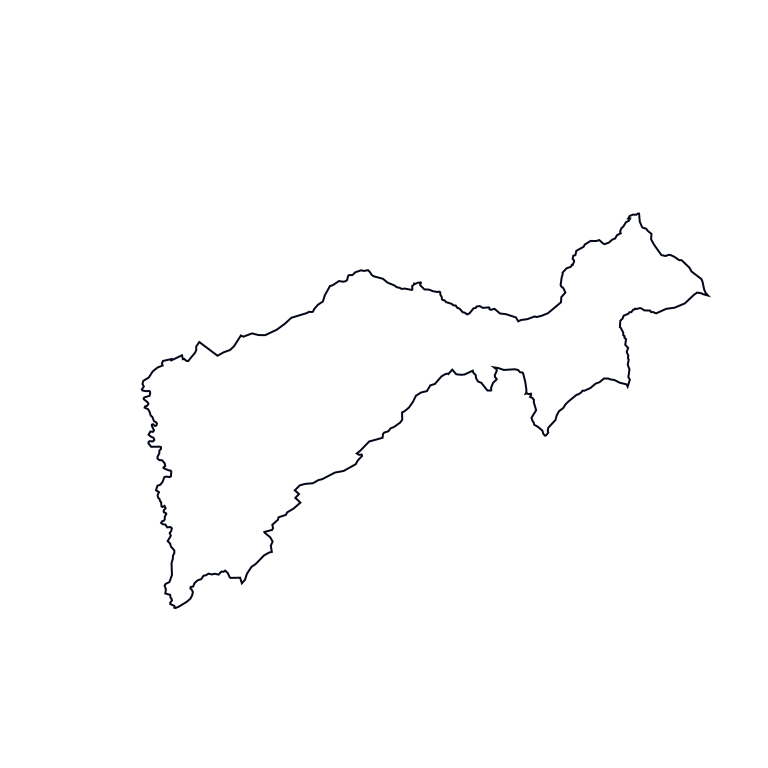 outline of Zabala, Covasna, Romania, rotated 318°
{"feature_id": "2599482B30667106455324", "entity_name": "Zabala", "entity_type": "district", "adm_level": 2, "iso_a3": "ROU", "parent_name": "Romania", "parent_adm1": "Covasna", "projection": "albers", "projection_center": [26.222, 45.876], "detail": "fine", "context": "isolated", "style": "outline", "palette": "ink", "viewbox_px": 768, "rotation_deg": 318, "n_neighbors": 0, "source": "geoboundaries", "source_scale": "gbopen_adm2", "svg_char_len": 6146}
<svg xmlns="http://www.w3.org/2000/svg" viewBox="0 0 768 768"><g transform="rotate(318 384 384)"><path d="M78.5,409.9L79.2,411.0L82.3,412.1L91.8,413.9L96.4,414.0L100.0,412.7L102.8,410.7L103.5,408.1L103.2,406.5L104.5,405.5L106.7,406.8L110.0,405.2L114.1,405.2L117.7,406.7L121.6,405.7L123.7,407.0L126.7,407.5L128.7,410.4L131.2,411.7L133.5,414.9L137.6,414.6L139.2,416.2L141.1,416.4L141.4,420.0L140.1,423.9L140.1,425.3L147.5,431.7L145.0,437.0L149.6,436.5L155.2,433.3L163.2,431.2L168.2,431.9L180.2,431.1L185.9,432.4L188.3,433.7L191.7,428.4L195.8,426.6L196.9,421.7L195.8,414.8L196.1,413.9L203.3,417.6L205.1,416.8L206.8,413.9L214.5,413.9L216.4,412.5L223.5,415.6L226.0,414.6L233.7,416.1L242.5,416.2L241.9,409.3L247.2,408.9L246.6,403.3L253.7,403.0L258.6,405.5L264.8,410.2L271.2,411.6L274.4,413.4L288.3,417.0L295.8,421.6L309.4,424.7L313.2,423.3L319.5,422.8L320.2,421.5L318.0,419.8L317.3,417.4L322.0,417.7L334.5,416.8L346.9,423.0L349.7,420.6L351.5,420.2L355.6,422.0L359.3,421.4L362.6,422.6L370.2,423.5L373.6,422.8L378.4,417.2L381.0,418.0L386.7,418.2L393.7,416.6L399.8,414.1L405.8,415.1L411.2,418.0L417.5,416.0L421.8,418.0L431.9,416.8L436.5,417.8L438.4,419.1L438.5,419.7L444.3,419.0L444.2,425.1L447.5,428.8L450.2,430.8L458.9,433.5L458.0,435.1L458.1,438.7L456.3,441.4L455.5,444.9L457.1,448.3L456.5,458.0L458.7,460.1L459.4,460.5L461.2,458.4L465.8,456.1L470.7,456.0L471.2,455.0L471.1,453.2L472.2,451.6L476.7,449.6L477.4,448.3L476.9,445.3L479.8,448.9L482.4,453.7L491.1,460.6L493.0,463.3L493.0,466.4L494.6,468.1L494.6,469.0L490.5,476.8L486.0,483.5L484.3,485.4L482.8,486.0L484.0,486.6L484.7,488.3L486.7,489.5L486.0,490.6L483.9,491.4L484.9,493.5L484.8,496.2L483.2,497.6L479.5,505.3L471.0,507.8L469.8,510.4L469.4,513.0L468.4,514.7L469.8,519.2L470.5,524.6L469.0,527.9L469.1,530.2L470.1,530.6L473.6,530.0L474.5,528.2L476.9,526.4L487.3,525.5L491.5,522.8L495.9,521.3L501.2,521.8L505.2,520.6L509.0,520.4L520.1,520.9L521.3,521.7L525.0,522.2L527.1,521.8L528.4,523.1L534.7,525.1L541.4,525.3L545.5,526.9L551.1,527.1L554.4,530.1L554.9,531.5L558.0,535.4L560.0,540.7L564.0,546.6L563.3,549.0L569.6,545.3L570.3,542.3L576.2,537.4L578.0,532.8L582.1,529.7L582.6,527.9L584.4,526.6L585.8,522.6L589.6,520.5L589.5,516.3L593.9,512.6L593.6,510.6L594.8,509.4L594.4,507.9L596.1,506.0L597.5,500.9L597.4,499.5L602.0,495.1L605.1,495.0L607.8,493.6L612.5,495.3L614.3,494.9L616.0,496.1L619.0,495.5L619.9,496.2L621.0,496.0L621.5,497.0L624.9,498.8L625.8,499.9L626.7,503.5L630.8,507.4L630.6,509.3L632.0,510.4L633.5,513.6L644.1,517.0L650.9,521.7L661.5,525.4L674.0,525.1L677.9,525.6L680.6,529.0L681.1,530.6L684.0,535.1L684.0,531.5L685.1,528.1L689.1,521.2L690.1,518.4L687.8,506.1L688.8,501.9L688.0,491.1L686.2,489.4L684.9,483.8L683.2,479.8L681.8,478.4L678.9,477.3L676.4,473.8L677.9,461.1L679.3,455.2L683.2,451.4L682.5,447.0L682.7,443.9L680.9,441.0L680.8,440.1L682.7,434.5L687.6,428.0L686.9,427.3L684.6,426.9L682.5,424.8L679.1,423.5L676.2,424.4L677.6,425.7L675.3,426.5L671.9,425.7L667.4,427.1L664.6,427.1L661.2,428.9L660.8,430.4L656.8,429.3L653.1,430.5L650.0,429.4L645.8,429.4L641.5,427.7L640.8,426.1L640.3,421.1L637.5,419.8L633.2,415.9L626.4,414.7L624.2,415.6L616.1,413.7L612.4,416.3L610.6,415.3L607.9,417.2L607.9,419.3L607.4,420.1L603.7,421.8L603.3,421.2L601.1,421.9L597.2,420.2L591.3,420.7L590.1,422.1L587.6,423.5L581.5,428.6L581.0,429.9L581.4,432.8L580.0,437.4L573.9,438.1L570.2,441.7L553.2,441.1L546.6,438.7L542.0,436.2L541.3,434.7L533.9,431.7L528.6,428.1L525.7,427.3L526.6,422.8L521.2,413.5L517.4,409.3L516.4,402.0L513.0,400.4L512.5,398.8L513.3,397.9L513.1,397.1L508.4,393.6L507.3,390.2L504.7,388.4L503.0,388.8L501.1,387.7L494.8,388.7L492.4,388.0L491.7,384.9L490.5,383.4L490.6,378.8L489.4,376.1L489.8,373.7L488.0,371.6L488.0,369.9L485.0,364.8L484.9,362.3L483.7,360.6L484.0,359.4L485.2,357.8L485.6,355.4L487.2,353.4L486.8,352.3L485.3,351.4L482.4,347.7L480.7,344.1L477.3,340.7L477.0,334.9L477.7,334.0L479.1,333.6L479.2,333.0L476.7,331.3L474.2,330.5L473.6,329.5L472.5,330.2L470.4,330.1L468.4,332.7L467.6,332.7L463.4,327.1L460.7,325.1L460.1,323.2L458.2,320.5L457.8,318.0L454.5,311.1L453.6,305.1L448.4,297.0L447.8,294.5L448.4,291.8L448.3,288.7L444.9,286.7L442.9,284.1L437.5,281.8L433.4,281.9L431.1,279.8L429.8,279.6L426.0,282.1L424.2,281.9L422.1,280.7L419.5,277.4L411.7,276.2L409.5,275.0L399.3,278.5L393.8,281.8L388.0,280.9L382.1,281.6L379.8,282.7L378.6,282.3L376.6,280.2L374.0,279.6L359.5,272.8L350.8,272.9L340.6,271.9L328.4,268.2L323.5,263.7L319.8,258.1L311.1,254.7L310.1,252.2L297.8,255.6L292.3,255.7L285.9,253.1L279.2,251.6L274.8,229.2L269.5,230.5L267.1,233.2L264.6,234.3L253.8,235.9L252.6,234.5L252.3,231.6L251.1,231.0L253.1,227.5L241.6,224.1L241.6,223.5L242.5,223.1L235.2,219.0L232.7,220.1L231.9,222.1L226.6,220.2L220.4,219.9L213.5,221.8L207.3,220.6L204.6,222.3L203.8,225.2L200.4,226.0L200.2,227.3L202.4,230.1L204.9,232.2L204.9,233.2L203.7,234.8L201.8,235.9L197.0,233.6L195.9,233.7L195.3,234.5L196.1,239.7L195.6,241.1L193.4,241.7L191.4,240.8L190.3,241.4L191.8,244.9L191.1,248.1L189.5,251.3L189.8,253.4L188.2,257.7L189.0,259.9L188.9,261.2L187.5,262.4L186.3,262.4L185.6,261.7L185.5,259.4L184.3,258.9L183.5,259.7L182.0,264.6L180.1,264.9L178.6,263.0L175.1,264.1L175.6,267.3L176.7,269.6L175.9,271.9L173.8,272.0L171.5,269.6L170.1,269.6L169.2,270.6L169.0,274.9L175.5,280.6L176.0,281.7L174.8,283.0L172.5,283.2L170.6,285.2L166.8,286.6L165.8,287.9L166.1,290.2L168.1,292.3L167.9,296.3L166.5,298.6L164.3,298.4L163.9,299.1L166.2,304.1L167.4,305.4L167.3,306.8L163.9,310.0L162.5,309.8L160.3,307.2L158.5,306.2L153.9,308.6L150.5,309.2L147.5,308.0L143.5,310.4L144.4,313.8L141.5,315.0L140.1,317.2L140.2,319.4L139.3,321.0L139.3,322.6L136.7,326.2L137.1,327.2L139.3,327.7L138.6,330.2L136.1,330.4L134.8,331.4L134.6,332.3L135.5,333.6L135.3,334.9L132.3,335.9L130.5,337.9L128.8,338.3L127.2,337.5L125.4,338.1L125.7,340.0L127.4,342.1L127.0,345.5L129.6,347.4L129.8,349.3L127.0,351.1L125.0,351.3L124.1,354.1L118.1,356.0L118.3,359.4L116.9,362.2L116.8,367.4L115.0,369.4L112.3,370.4L110.2,372.5L106.1,375.1L98.6,384.1L92.0,387.6L87.8,386.4L86.1,387.0L84.5,390.7L81.3,393.3L84.0,397.6L82.5,399.7L82.3,401.7L81.6,403.0L78.8,403.5L77.9,404.5L79.7,408.5L79.4,409.4L78.5,409.9Z" fill="none" stroke="#020617" stroke-width="2"/></g></svg>